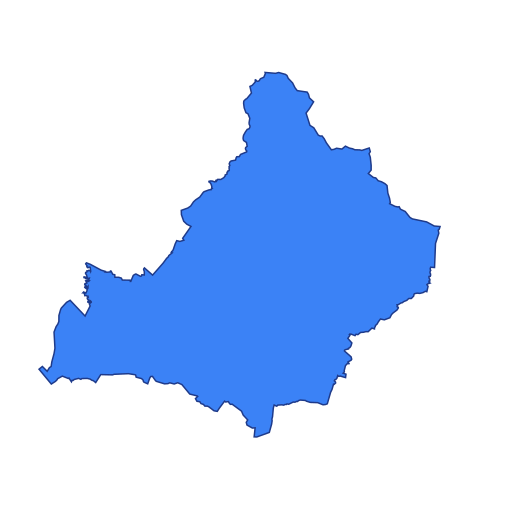 Bixad, Satu Mare, Romania, rotated 17°
{"feature_id": "2599482B22891655210740", "entity_name": "Bixad", "entity_type": "district", "adm_level": 2, "iso_a3": "ROU", "parent_name": "Romania", "parent_adm1": "Satu Mare", "projection": "mercator", "projection_center": [23.389, 47.949], "detail": "fine", "context": "isolated", "style": "filled", "palette": "blue", "viewbox_px": 512, "rotation_deg": 17, "n_neighbors": 0, "source": "geoboundaries", "source_scale": "gbopen_adm2", "svg_char_len": 6109}
<svg xmlns="http://www.w3.org/2000/svg" viewBox="0 0 512 512"><g transform="rotate(17 256 256)"><path d="M423.4,174.0L417.7,175.2L409.2,173.5L394.7,174.8L391.9,174.1L385.7,169.8L380.4,169.0L378.5,167.0L377.4,167.6L374.4,167.9L368.5,166.9L368.8,165.6L366.8,161.7L363.7,157.3L360.7,150.3L358.1,149.1L354.3,148.3L350.8,148.3L347.7,146.3L345.3,146.6L339.3,144.3L341.0,140.2L339.6,135.6L336.4,128.1L334.2,125.1L334.8,122.8L332.7,119.6L326.3,124.1L324.2,124.2L319.5,125.5L316.9,125.2L313.8,125.5L309.4,124.8L306.9,128.6L301.5,129.4L299.4,131.2L297.0,132.4L290.2,127.2L286.9,123.9L284.1,121.9L282.3,122.5L280.2,122.2L273.8,116.5L269.4,115.3L262.1,104.7L264.0,99.4L266.0,91.7L260.9,89.2L258.9,86.0L257.0,84.3L247.1,85.8L244.1,83.7L240.4,79.8L234.9,76.7L232.8,74.3L230.9,73.7L224.0,73.9L221.3,75.6L211.0,77.8L211.6,78.8L211.2,82.8L208.4,85.2L207.8,87.5L206.9,88.3L205.7,88.6L204.2,87.6L203.8,87.9L204.4,89.8L202.5,93.9L200.6,95.6L204.0,101.5L201.1,108.4L200.4,108.9L199.2,111.0L199.1,111.8L199.5,113.6L201.4,117.8L204.5,121.9L206.7,122.3L209.8,126.1L210.4,130.5L210.9,131.9L212.3,133.5L212.5,134.7L212.2,136.3L210.6,137.5L209.6,140.5L208.8,144.2L209.0,146.2L209.4,147.7L210.4,149.2L213.7,150.2L215.5,153.7L214.4,155.3L214.5,156.4L215.1,157.4L216.5,158.3L216.6,159.2L211.5,163.4L211.0,165.8L208.6,166.7L208.3,167.8L208.4,170.3L204.4,172.4L203.6,173.6L203.4,175.7L204.5,177.0L204.1,178.7L204.7,179.4L204.6,180.0L205.3,181.5L205.3,182.2L204.2,183.0L204.3,183.8L203.8,184.4L204.3,186.1L202.8,187.6L203.1,188.5L202.3,190.5L200.0,193.1L197.0,193.9L196.3,196.0L195.7,195.4L195.3,196.9L194.9,197.2L192.3,197.1L190.6,197.5L189.2,198.3L189.3,198.9L190.2,199.0L192.1,200.5L193.5,202.6L193.7,203.7L194.4,204.1L193.6,205.0L193.8,205.6L191.6,206.6L187.5,209.7L186.9,210.7L185.0,216.1L181.9,219.9L180.4,222.5L178.9,227.4L176.7,230.1L171.2,234.2L172.6,238.3L176.7,243.9L180.5,245.8L185.2,246.7L180.7,260.5L182.4,262.0L179.0,264.3L175.7,264.5L175.2,267.9L175.0,274.0L174.7,275.6L174.1,276.3L173.9,277.4L174.9,277.5L172.5,281.0L172.4,282.3L171.2,284.4L169.2,290.1L162.7,304.5L152.8,300.0L152.4,301.1L152.5,301.8L153.8,303.7L154.7,306.8L152.3,307.3L152.3,308.6L151.5,309.2L146.4,308.3L145.1,309.4L144.3,310.5L143.7,316.9L143.4,317.0L143.3,316.2L142.9,316.3L142.8,315.9L135.2,318.1L133.7,316.5L130.8,316.5L127.3,317.6L126.4,315.2L124.4,315.4L121.8,312.8L121.2,312.9L121.2,313.9L118.0,315.2L116.2,315.4L116.4,314.8L112.1,314.8L100.0,312.4L95.9,312.1L95.5,312.8L95.4,313.3L97.4,314.9L97.3,315.6L98.3,316.4L99.0,316.2L99.6,315.4L100.7,315.3L102.4,318.9L102.4,319.2L102.1,318.8L100.3,318.6L99.9,319.2L98.7,319.6L99.0,320.5L97.9,321.6L98.2,322.8L99.2,323.3L100.7,325.6L100.1,326.0L97.7,326.2L97.8,326.9L98.8,326.6L99.4,327.4L100.5,327.4L103.1,325.9L103.1,326.6L102.3,327.0L102.4,327.7L102.6,328.2L103.9,328.2L103.4,329.2L102.1,329.4L101.7,328.7L100.4,329.5L102.2,331.2L100.5,332.5L100.6,333.5L101.9,333.7L102.5,334.4L101.5,334.9L101.4,336.1L103.6,337.0L103.8,336.2L102.9,335.5L103.9,334.9L104.2,334.1L104.7,335.8L104.4,337.3L104.5,339.1L104.1,341.2L101.7,340.8L101.3,341.7L101.8,341.5L103.1,342.5L103.9,344.0L105.1,343.4L106.2,343.8L107.1,343.5L107.7,344.6L106.9,345.2L107.1,346.1L107.9,346.8L108.7,346.6L109.0,347.2L108.7,347.5L108.9,348.2L108.5,348.8L108.7,349.3L109.8,349.4L110.5,348.2L110.3,347.6L110.6,347.2L111.8,347.9L112.0,348.4L110.6,350.5L112.0,352.3L110.1,363.4L91.2,352.7L88.4,355.7L85.1,362.6L84.8,364.1L84.9,370.4L86.6,376.2L86.4,379.0L85.5,382.0L85.1,387.8L90.7,403.0L91.4,408.4L91.7,417.0L92.4,421.6L91.1,423.1L90.0,427.3L84.0,424.1L81.6,427.7L97.7,438.3L100.9,434.5L102.0,432.4L102.1,431.4L105.9,427.5L112.3,428.0L112.8,427.4L116.3,430.3L116.5,428.6L117.4,428.5L118.3,427.2L122.1,424.9L124.6,425.1L125.3,424.1L130.4,422.4L133.2,422.2L135.7,422.9L136.7,422.7L139.7,423.9L142.2,414.8L153.6,411.6L154.9,410.6L168.5,405.8L175.2,404.9L175.7,405.0L176.8,406.9L182.4,406.7L184.5,407.8L185.0,408.9L185.7,409.4L189.8,409.9L190.1,403.5L190.6,402.0L192.2,401.4L196.5,404.7L197.4,405.0L205.9,405.0L209.1,403.8L210.6,402.5L215.2,402.3L218.2,400.1L222.7,400.6L233.0,407.4L240.7,407.0L241.3,407.3L239.8,410.1L242.0,412.2L244.9,411.8L246.5,413.2L249.2,413.3L250.9,414.5L253.5,413.8L254.9,414.0L261.1,416.3L264.4,415.9L265.4,412.3L268.4,404.0L269.6,404.5L272.1,403.3L274.0,405.0L275.2,405.3L276.5,404.7L287.5,408.6L290.3,411.9L296.0,415.2L295.3,417.9L296.8,420.3L302.8,421.6L305.4,420.6L307.1,429.5L309.7,428.8L320.3,420.8L320.1,412.3L319.6,408.9L318.9,407.3L318.8,404.9L317.0,396.2L316.9,393.2L319.6,393.6L320.1,393.1L320.3,392.3L324.1,390.8L326.2,390.5L327.1,389.5L328.5,389.1L328.8,388.4L330.6,388.2L334.3,384.8L336.0,384.4L337.5,383.1L338.3,383.0L339.0,381.8L340.5,380.8L345.5,379.7L346.6,380.1L350.8,380.1L357.9,378.2L363.6,378.7L365.9,377.7L367.4,376.5L367.2,364.6L367.7,361.4L367.6,355.9L368.3,355.9L369.3,354.1L368.7,353.1L367.4,352.5L367.7,351.1L368.4,350.8L369.1,349.3L369.1,346.4L370.3,346.9L371.6,346.2L377.2,346.1L376.6,342.7L373.6,342.6L374.2,341.4L374.3,340.6L373.9,340.1L373.6,334.7L374.8,332.2L376.4,331.8L376.4,331.5L375.1,330.9L374.9,330.4L377.4,327.9L377.7,326.7L376.4,324.6L368.4,321.0L368.2,320.2L368.9,319.4L371.0,318.2L371.2,317.6L371.7,317.7L371.8,316.8L372.6,316.0L373.1,314.2L373.1,311.1L367.9,307.9L369.0,304.5L369.0,303.9L368.3,303.8L368.5,303.2L369.9,302.9L374.0,303.2L374.5,301.6L376.4,301.4L378.4,298.5L381.1,297.5L383.2,296.2L385.4,295.6L387.9,291.1L390.6,291.1L390.3,289.9L390.7,288.6L390.6,287.5L391.7,285.7L392.2,283.3L393.4,279.9L397.4,279.5L402.1,275.9L402.7,272.4L403.8,270.3L406.7,266.3L407.3,264.0L407.0,263.4L406.0,263.4L405.6,262.9L405.7,262.0L405.2,261.4L406.2,261.0L408.3,258.6L409.7,257.8L410.5,256.5L413.2,254.3L414.5,252.0L417.0,251.2L418.5,248.2L418.3,246.4L418.6,245.7L421.0,244.4L423.5,243.9L426.4,242.2L428.3,240.2L429.8,240.2L429.4,234.7L427.8,233.4L428.2,232.6L430.4,231.0L429.1,230.5L428.8,229.4L429.5,229.2L429.1,227.4L428.3,227.0L427.5,225.5L427.4,225.0L428.6,224.5L428.6,223.3L428.1,222.0L427.3,221.3L427.0,219.5L427.3,218.8L426.3,217.4L426.3,215.7L430.1,214.8L424.0,191.5L424.2,180.8L422.7,178.0L423.4,176.7L423.4,174.0Z" fill="#3b82f6" stroke="#1e3a8a" stroke-width="1.5"/></g></svg>